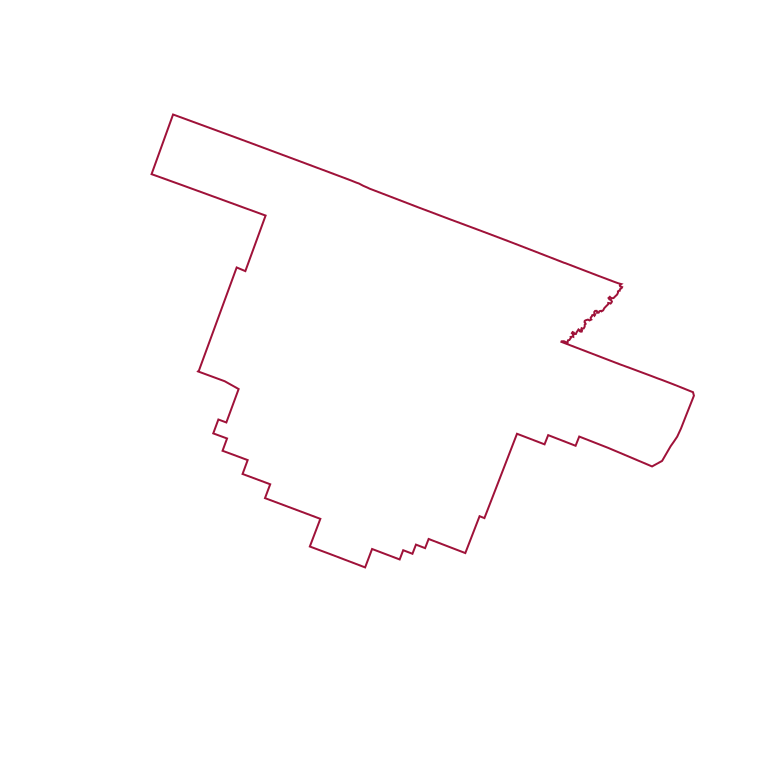 the district of Big Horn, Montana, United States of America, rotated 201°
{"feature_id": "52423323B41893825317472", "entity_name": "Big Horn", "entity_type": "district", "adm_level": 2, "iso_a3": "USA", "parent_name": "United States of America", "parent_adm1": "Montana", "projection": "orthographic", "projection_center": [-107.953, 45.519], "detail": "fine", "context": "isolated", "style": "outline", "palette": "rose", "viewbox_px": 768, "rotation_deg": 201, "n_neighbors": 0, "source": "geoboundaries", "source_scale": "gbopen_adm2", "svg_char_len": 2292}
<svg xmlns="http://www.w3.org/2000/svg" viewBox="0 0 768 768"><g transform="rotate(201 384 384)"><path d="M672.4,496.7L643.7,497.3L554.9,498.8L553.9,439.7L563.3,440.0L561.6,330.4L562.1,329.1L533.7,329.5L517.9,327.2L517.4,291.6L525.9,291.5L525.7,276.7L511.0,276.9L510.8,263.8L484.0,264.1L483.8,249.3L454.3,249.6L454.2,234.8L395.1,235.3L395.0,205.7L374.5,205.9L335.9,206.0L336.0,225.7L306.5,225.8L306.5,235.7L296.6,235.7L296.6,245.5L286.8,245.5L286.8,255.3L247.5,255.3L247.4,294.8L242.2,294.8L242.1,329.7L242.0,385.2L212.5,385.2L212.4,395.1L183.0,395.0L182.9,404.9L152.1,404.7L104.3,403.1L104.2,403.1L102.7,404.9L96.8,411.9L94.1,428.7L92.8,433.8L91.4,439.9L90.8,448.8L90.7,462.9L90.5,481.6L90.5,484.2L92.6,487.1L94.2,487.1L100.1,487.2L114.2,487.4L126.4,487.4L130.5,487.3L137.6,487.3L147.0,487.2L158.2,487.1L170.6,486.9L180.9,486.9L188.8,486.9L203.5,486.9L217.2,486.9L227.8,486.9L233.5,486.9L233.5,487.5L231.4,488.4L229.2,488.3L227.4,488.4L227.6,489.0L227.9,490.7L226.7,491.5L226.1,494.1L226.6,494.8L224.9,495.9L224.2,495.9L224.6,496.9L225.7,498.4L226.8,498.8L226.5,500.1L225.2,500.0L224.0,498.9L222.7,499.6L222.8,500.9L222.2,503.5L222.0,504.6L220.7,504.2L220.1,503.4L219.0,503.4L218.2,503.8L218.3,504.9L219.4,505.6L219.5,506.9L218.4,506.9L217.5,507.4L217.2,509.4L217.9,511.5L217.3,512.4L218.3,513.3L219.0,513.7L219.2,514.9L218.6,515.7L216.7,517.2L214.9,517.0L213.6,518.4L214.2,518.7L214.8,520.1L214.2,521.7L214.3,522.8L213.1,523.7L212.0,523.1L211.7,524.3L212.7,524.8L213.5,526.6L213.1,527.9L211.7,528.5L210.5,527.6L210.6,526.9L209.2,527.5L208.9,529.2L207.6,530.1L207.0,529.8L205.8,531.3L205.5,533.8L204.5,536.2L203.3,538.8L203.7,540.0L202.4,540.3L201.3,540.3L200.8,541.6L200.8,542.7L202.2,543.7L203.9,543.8L205.2,544.7L204.4,546.3L203.6,545.9L202.0,545.7L200.5,546.5L199.5,548.8L198.4,551.1L198.3,553.3L198.8,554.3L198.1,555.3L197.4,555.5L197.5,556.4L197.5,557.5L196.6,558.5L196.4,559.8L197.4,559.9L198.5,559.8L199.2,560.6L199.0,561.5L198.4,562.3L201.1,562.0L205.8,561.9L222.5,561.8L258.4,561.8L259.2,561.7L279.9,561.8L318.7,561.9L353.0,561.7L362.7,561.6L381.1,561.4L415.1,561.2L467.5,561.2L469.6,561.4L474.4,561.6L479.4,562.2L481.8,562.1L487.6,562.2L502.9,562.1L525.7,561.9L526.7,561.9L604.4,561.1L677.5,560.0L676.2,496.6L672.4,496.7Z" fill="none" stroke="#9f1239" stroke-width="2"/></g></svg>